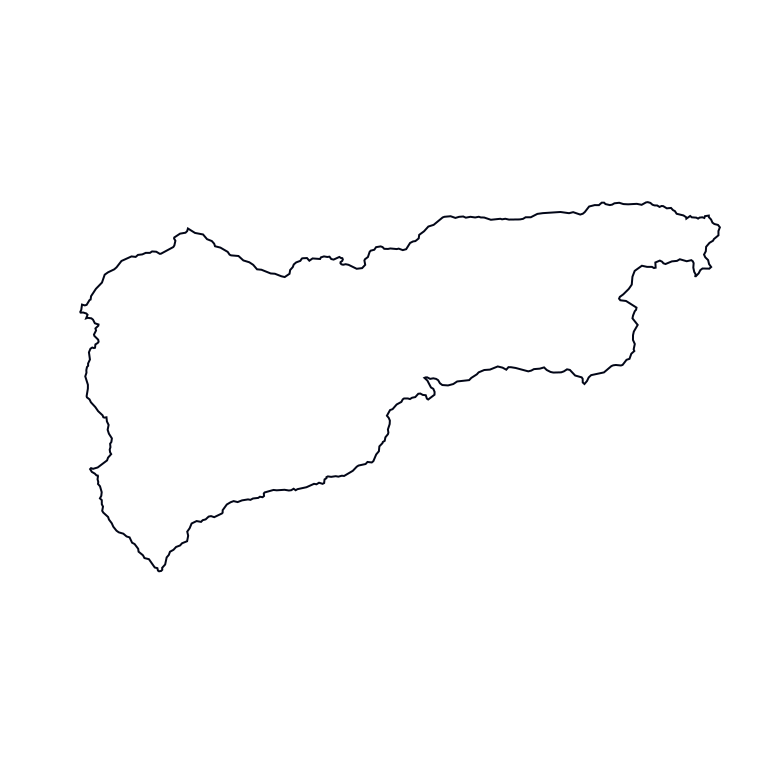 Paruro, Cusco, Peru, rotated 278°
{"feature_id": "86281439B31235431009642", "entity_name": "Paruro", "entity_type": "district", "adm_level": 2, "iso_a3": "PER", "parent_name": "Peru", "parent_adm1": "Cusco", "projection": "natural_earth1", "projection_center": [-71.904, -13.936], "detail": "fine", "context": "isolated", "style": "outline", "palette": "ink", "viewbox_px": 768, "rotation_deg": 278, "n_neighbors": 0, "source": "geoboundaries", "source_scale": "gbopen_adm2", "svg_char_len": 6117}
<svg xmlns="http://www.w3.org/2000/svg" viewBox="0 0 768 768"><g transform="rotate(278 384 384)"><path d="M510.7,168.2L508.0,167.8L506.2,166.4L504.5,161.1L499.9,155.9L498.8,155.9L496.8,157.5L492.0,157.1L490.3,156.3L482.0,145.0L481.7,143.8L483.3,140.1L483.0,135.9L481.3,134.0L480.7,129.8L478.7,126.6L477.6,122.4L475.3,120.4L475.2,116.2L469.3,106.9L462.3,102.9L460.0,100.9L456.2,95.2L453.4,92.2L445.2,90.6L438.2,85.5L430.2,81.7L426.8,81.7L426.1,80.7L421.0,78.5L420.2,76.8L420.6,73.9L415.4,73.9L413.1,73.2L412.5,73.6L412.9,76.3L412.4,79.4L411.3,80.8L407.6,79.9L408.3,81.3L408.3,85.1L407.2,86.9L403.9,89.2L403.2,93.0L402.0,93.0L398.9,90.5L396.9,91.4L392.6,89.9L391.3,90.5L388.1,94.8L386.1,95.5L384.8,94.8L383.0,92.7L379.7,92.8L379.2,91.7L379.5,90.0L378.1,88.4L374.3,87.4L367.3,89.4L363.1,88.1L360.9,88.5L359.4,87.5L356.3,87.3L353.7,87.8L350.0,87.1L342.0,90.9L338.2,91.4L330.6,91.2L329.4,91.7L327.8,94.5L325.1,96.3L321.0,101.3L317.3,104.7L313.8,109.7L312.0,110.7L311.8,111.8L312.4,113.8L308.4,114.8L305.1,117.0L300.2,116.7L296.5,118.5L292.3,122.1L288.7,122.1L286.7,121.1L283.4,121.9L280.8,121.5L278.2,122.3L276.6,123.6L272.7,121.0L269.8,120.4L261.5,112.1L259.5,107.7L259.9,105.6L258.8,104.8L256.3,106.9L255.0,110.1L253.5,112.0L253.5,113.3L252.9,113.6L249.8,113.6L247.2,114.7L245.2,114.7L243.2,117.0L237.6,119.5L233.9,119.6L231.2,118.6L229.7,120.7L225.6,121.3L223.5,122.8L219.2,122.6L217.6,123.9L213.9,129.3L211.5,130.5L208.2,133.8L205.0,135.8L201.5,139.5L200.2,142.0L199.5,146.7L197.2,150.3L196.7,153.4L191.8,156.6L190.8,159.3L186.6,163.5L183.8,164.3L180.8,169.2L178.3,171.0L177.8,175.6L170.4,182.5L170.1,185.2L167.8,186.1L167.2,187.3L167.9,189.4L169.2,190.3L171.1,189.9L174.8,192.4L182.0,192.9L184.8,194.7L188.1,195.4L190.5,198.6L193.7,200.8L195.7,204.5L198.2,206.2L200.9,210.9L206.5,211.2L210.4,209.7L214.1,211.6L219.1,212.9L222.2,217.5L222.0,222.0L223.9,223.4L225.1,226.2L228.3,228.8L229.1,231.1L228.5,234.4L233.3,241.6L234.1,242.1L236.6,241.8L242.8,245.1L245.6,248.6L247.1,251.4L246.7,255.5L249.0,259.6L250.8,265.4L250.7,267.9L252.4,270.2L253.7,275.3L255.1,276.8L255.0,279.5L256.4,280.8L258.9,280.2L260.0,280.9L263.7,289.3L263.8,292.6L265.4,300.2L265.3,304.6L265.9,306.9L267.7,309.1L266.5,311.3L267.8,312.9L271.0,321.6L275.4,328.6L275.3,331.1L277.2,333.4L276.6,337.1L277.6,338.5L281.2,338.4L282.7,340.1L283.8,340.0L284.7,341.3L284.7,344.6L286.0,349.0L285.9,351.7L287.3,355.0L287.4,357.3L293.7,365.2L298.3,368.5L299.7,370.1L302.2,376.9L304.5,378.5L304.6,382.8L306.1,384.2L313.2,386.1L316.7,388.3L321.6,388.1L325.2,390.7L326.4,390.9L327.8,392.6L331.4,392.8L334.9,394.9L336.5,395.1L339.5,394.2L345.1,395.2L348.6,394.9L351.1,393.4L353.0,391.3L359.0,393.6L360.3,396.0L365.5,399.4L368.7,403.7L371.4,404.7L372.5,405.9L373.0,409.5L372.7,411.8L374.3,413.7L375.4,416.8L379.1,419.3L379.6,421.3L378.6,423.9L378.7,426.9L375.5,428.5L374.8,429.9L380.4,435.5L383.2,435.2L386.1,433.5L387.1,431.0L393.4,426.5L395.7,423.2L396.3,424.2L396.6,425.8L395.5,429.0L396.5,432.0L396.3,434.9L395.3,437.1L392.5,439.3L391.1,441.9L391.5,447.6L393.6,452.6L396.7,456.1L399.7,467.8L402.2,469.6L406.5,474.6L408.7,476.1L411.8,481.3L413.0,486.9L417.2,494.2L416.7,499.1L415.2,503.1L418.0,504.9L418.3,507.6L418.2,512.2L416.6,525.1L417.8,528.0L419.6,530.4L420.9,536.2L422.7,540.2L420.5,543.2L419.1,547.3L418.9,550.1L420.2,557.8L421.5,560.3L424.0,563.2L423.8,566.1L419.0,572.1L418.1,578.8L416.8,580.0L413.2,580.6L411.9,582.5L415.2,584.6L419.0,585.8L421.6,587.9L426.1,600.2L433.4,606.7L434.4,608.4L435.1,610.9L435.3,616.0L436.1,617.6L441.7,620.8L443.1,623.6L448.4,624.7L451.5,627.3L453.1,626.4L458.5,626.8L462.3,624.4L467.0,623.8L470.7,624.1L477.8,627.0L483.6,620.9L486.5,621.1L491.0,622.2L492.6,623.3L494.8,623.4L499.9,612.1L499.8,606.4L501.2,604.9L503.1,605.4L506.0,608.4L512.3,613.2L516.9,615.5L524.8,615.1L530.9,616.5L537.0,622.9L536.6,628.2L537.3,633.0L536.4,635.2L537.0,636.8L542.1,635.8L544.6,640.0L543.8,642.4L542.4,643.9L542.0,646.1L545.5,652.0L546.7,657.0L548.7,659.6L547.7,666.7L549.4,671.1L548.5,672.7L546.8,673.8L542.3,674.1L538.2,675.6L536.0,677.3L534.1,677.3L534.1,677.8L537.4,680.2L540.8,681.4L542.7,683.3L543.5,690.1L545.4,691.7L548.0,689.2L551.8,687.7L554.2,684.5L556.7,682.9L560.2,684.2L564.7,683.9L569.1,686.7L571.7,689.9L573.4,690.5L577.8,694.5L582.0,693.9L585.9,694.8L588.0,692.6L588.4,688.9L589.5,686.8L592.4,685.0L594.4,682.5L596.0,682.2L594.9,678.5L593.0,678.1L593.4,676.0L592.7,673.3L591.5,672.0L592.2,670.1L591.9,665.6L593.0,663.8L589.8,660.4L591.2,660.0L592.6,657.1L593.3,650.1L595.7,648.0L596.4,646.0L598.3,643.7L597.3,639.6L599.0,635.7L598.9,634.1L597.7,632.2L598.8,629.7L598.5,627.0L598.9,624.9L600.4,622.6L600.8,619.9L600.3,618.2L597.3,614.2L597.6,609.3L595.9,600.7L595.5,596.0L596.2,591.7L595.0,587.0L593.4,585.0L592.6,582.7L593.0,578.3L594.2,576.7L593.9,574.4L591.0,571.9L590.5,567.8L588.3,562.4L582.2,558.9L580.3,557.2L579.1,554.7L580.5,547.4L578.9,543.5L578.9,534.8L575.3,517.5L573.8,512.2L569.5,506.1L568.8,501.0L566.9,498.7L565.9,495.7L564.2,484.8L564.5,481.1L563.5,478.0L563.8,476.2L561.5,467.0L562.8,460.0L562.4,456.7L562.8,454.6L561.6,451.1L561.6,446.3L560.1,441.9L560.9,439.1L560.0,435.1L558.4,431.6L559.4,426.6L558.0,420.6L557.1,418.9L548.5,411.0L546.1,406.0L540.8,402.4L536.6,398.1L533.0,398.1L529.9,395.2L529.2,392.9L527.3,390.2L520.6,387.2L519.2,384.0L520.1,379.7L519.4,377.9L519.1,371.4L518.3,369.2L517.9,365.4L519.4,363.5L519.8,361.5L518.4,357.1L515.6,355.7L514.2,352.3L512.9,351.4L507.5,350.4L504.9,347.8L503.6,347.4L499.4,348.8L495.7,346.2L494.3,340.9L497.1,332.3L497.3,329.4L496.4,326.9L496.6,325.2L497.5,324.1L498.6,324.0L500.1,325.5L501.6,325.9L502.8,325.2L502.8,323.8L503.6,322.1L500.2,316.8L500.4,314.4L502.5,312.3L501.9,310.2L502.0,306.8L500.6,303.9L498.9,303.3L498.4,295.8L495.7,292.9L498.0,290.2L497.2,286.0L496.8,285.2L494.3,284.0L492.2,280.1L489.8,278.0L487.1,277.4L483.8,275.2L480.0,275.1L476.1,270.8L476.4,267.4L478.0,260.6L477.7,256.4L480.1,246.7L479.9,242.3L483.8,237.9L485.8,233.7L486.8,227.5L490.5,222.1L490.1,214.6L490.6,213.1L493.1,210.8L496.3,203.0L496.9,197.5L499.3,196.3L501.6,193.6L502.8,188.6L506.9,184.0L507.3,175.8L510.7,168.2Z" fill="none" stroke="#020617" stroke-width="2"/></g></svg>